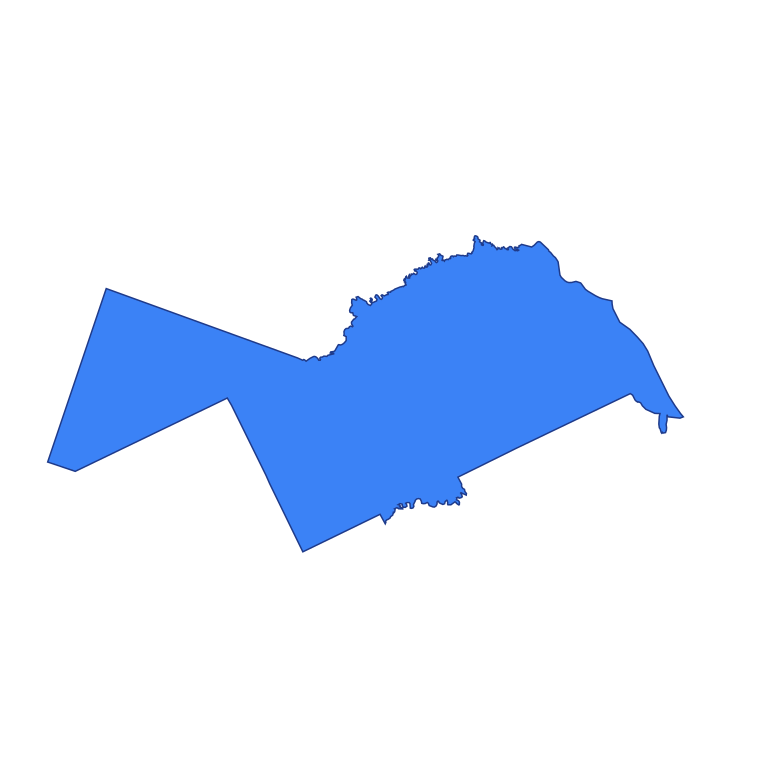 outline of 1ro. de Mayo, Chaco, Argentina, rotated 289°
{"feature_id": "61730980B22683842441482", "entity_name": "1ro. de Mayo", "entity_type": "district", "adm_level": 2, "iso_a3": "ARG", "parent_name": "Argentina", "parent_adm1": "Chaco", "projection": "mercator", "projection_center": [-58.875, -27.18], "detail": "fine", "context": "isolated", "style": "filled", "palette": "blue", "viewbox_px": 768, "rotation_deg": 289, "n_neighbors": 0, "source": "geoboundaries", "source_scale": "gbopen_adm2", "svg_char_len": 6169}
<svg xmlns="http://www.w3.org/2000/svg" viewBox="0 0 768 768"><g transform="rotate(289 384 384)"><path d="M200.9,120.5L319.7,240.4L314.2,246.8L259.0,302.4L252.6,308.3L198.9,361.9L259.5,422.7L252.2,430.7L253.8,430.8L254.1,430.4L255.4,430.3L256.6,431.0L257.3,431.9L259.1,433.3L260.8,433.5L262.8,434.9L265.4,434.7L265.1,435.1L266.7,435.7L269.1,435.3L269.4,434.6L271.3,436.5L270.8,438.5L272.0,442.4L272.7,442.1L272.9,438.7L273.9,439.2L274.6,438.1L274.5,436.7L276.1,438.0L276.3,440.3L275.7,440.7L275.2,440.7L273.8,442.3L274.3,444.3L276.0,445.5L277.4,444.6L278.3,443.3L279.3,444.3L280.1,446.5L279.4,447.5L275.2,449.3L275.3,450.3L276.2,451.7L277.9,452.1L279.7,451.1L283.3,451.6L284.1,451.4L285.9,452.3L286.9,453.9L287.1,455.6L285.4,457.4L283.5,458.5L283.6,460.0L284.4,461.9L286.1,463.4L285.6,464.8L283.8,466.3L283.7,470.4L284.1,471.8L285.7,473.0L287.9,473.2L289.7,472.6L290.9,473.2L290.7,474.0L289.8,474.7L289.5,475.8L289.3,478.9L290.5,480.3L292.7,480.1L294.5,481.1L294.5,481.6L292.5,482.9L291.2,483.2L290.6,483.8L291.6,486.6L295.7,489.5L295.4,490.8L294.8,491.2L294.2,493.2L294.0,494.0L294.4,494.5L296.6,493.9L297.5,493.1L298.0,491.9L298.1,490.2L299.8,490.2L300.1,489.7L300.8,490.4L301.0,491.2L300.5,492.2L301.5,493.8L302.8,494.7L304.8,493.4L305.8,492.0L306.3,492.2L305.7,497.9L307.3,497.6L308.7,495.5L310.6,494.4L310.9,492.6L312.1,491.0L312.7,490.6L314.6,490.0L320.0,484.2L366.1,529.8L455.1,620.0L454.4,622.7L450.6,626.6L449.8,628.2L449.5,629.9L449.9,630.0L449.9,632.1L449.6,633.0L447.5,635.4L445.3,639.9L444.4,649.6L445.9,654.6L443.1,654.8L435.6,656.9L432.2,658.6L431.6,659.6L428.3,662.0L427.9,662.7L428.8,663.0L428.4,663.4L428.5,663.9L429.7,666.0L432.3,666.0L434.7,665.4L437.7,663.9L441.9,663.4L447.1,661.6L445.4,663.1L448.1,675.0L450.4,677.7L452.6,674.0L458.1,666.3L465.3,657.3L489.2,633.1L501.0,622.6L506.5,615.9L510.9,608.2L515.7,598.7L519.2,586.8L529.8,575.9L534.0,573.6L536.8,572.5L535.7,562.6L535.8,559.3L536.3,555.3L538.1,546.7L539.1,543.6L543.4,537.4L543.6,536.6L543.5,532.1L541.1,528.4L540.1,525.7L540.0,523.7L540.5,521.5L542.6,516.9L544.3,514.9L556.1,508.9L557.1,507.8L559.3,504.9L560.2,502.5L562.6,498.7L563.3,496.7L564.5,495.7L569.1,485.6L569.1,484.1L568.2,482.8L564.0,480.8L561.6,479.0L560.8,468.6L559.4,467.7L558.8,466.7L557.5,467.0L556.8,466.2L556.4,466.2L556.2,463.4L555.8,462.9L555.4,462.9L554.4,464.1L554.7,466.1L554.4,467.7L553.5,467.1L553.4,465.8L552.7,464.5L553.5,462.1L555.2,459.8L555.0,458.3L552.8,456.7L552.1,457.6L551.6,457.8L551.3,457.6L551.1,456.5L551.8,455.3L551.4,454.5L552.5,453.0L552.6,452.4L551.5,451.9L551.5,451.1L551.1,450.9L550.0,451.4L549.4,450.5L549.4,449.7L550.2,449.1L549.8,448.1L550.0,447.4L548.6,447.7L547.8,447.1L549.1,445.6L549.9,443.7L550.8,442.7L550.8,442.1L549.9,441.1L551.4,441.1L551.6,440.8L551.1,440.1L551.4,439.0L552.4,438.5L552.3,438.1L551.6,438.0L551.4,436.8L551.4,434.5L552.1,432.6L552.0,431.6L549.5,431.5L548.7,431.7L548.3,432.5L547.4,432.6L547.2,432.3L547.3,430.9L549.2,430.0L549.6,428.0L551.2,428.0L551.9,425.6L553.3,425.0L553.8,424.3L554.0,422.5L553.6,421.7L553.0,421.5L551.0,421.8L550.7,422.4L549.7,421.6L549.1,421.5L548.3,423.8L546.5,423.6L543.5,424.1L542.3,424.7L539.1,424.9L537.8,424.7L537.1,424.1L536.2,424.6L535.4,424.0L535.2,421.6L534.8,420.6L533.5,420.6L532.7,421.4L532.0,421.0L531.8,419.2L531.3,418.6L531.3,416.9L530.5,415.1L530.1,412.1L529.7,410.8L528.2,410.5L527.8,408.6L527.0,408.2L527.3,407.7L527.3,406.7L526.5,405.7L525.8,405.5L524.7,406.1L524.3,406.0L524.4,405.2L522.5,404.2L522.5,402.9L521.8,402.3L521.3,401.4L519.8,401.1L520.5,400.0L519.9,399.4L519.8,398.7L523.7,398.3L524.1,398.0L524.2,396.0L525.2,394.3L524.1,392.7L523.3,394.1L521.0,393.7L520.6,393.3L519.3,393.7L519.1,392.5L518.8,392.3L518.1,393.0L517.9,394.8L517.0,394.8L515.9,394.2L516.1,393.1L516.9,392.4L517.2,389.9L517.9,389.3L518.0,388.8L517.5,388.6L517.4,387.9L518.4,386.8L517.7,385.5L517.3,385.5L517.1,386.0L516.6,386.2L515.6,385.9L515.5,386.3L516.1,386.8L515.9,387.5L513.6,389.7L511.9,389.5L511.6,389.1L511.7,388.0L512.4,387.8L513.1,386.9L512.8,386.5L511.8,386.7L511.3,385.9L510.1,386.1L510.3,386.8L509.8,387.0L508.4,386.5L508.3,385.6L509.0,384.5L507.9,384.3L507.1,384.6L506.5,384.1L506.4,382.6L506.8,382.1L505.4,381.6L504.9,381.1L505.4,380.2L505.2,379.3L503.6,378.8L502.7,375.8L502.1,375.3L501.0,376.1L500.8,376.8L501.3,377.0L501.3,377.8L500.2,379.2L498.8,379.2L498.2,378.9L497.8,378.1L498.3,376.0L497.0,375.4L496.9,374.0L495.5,374.2L494.8,373.8L495.7,372.4L493.7,372.2L493.4,372.5L493.4,373.5L492.5,373.7L491.7,371.4L493.2,370.1L492.6,369.7L491.0,369.8L490.3,369.3L490.0,369.9L489.5,370.1L489.2,368.9L488.2,369.1L487.8,370.2L487.1,370.3L487.4,371.1L487.2,371.4L485.8,371.4L485.3,372.3L484.7,372.6L483.8,371.3L482.4,370.7L482.3,369.6L481.6,368.9L481.1,367.8L477.2,363.3L475.9,362.5L473.8,360.3L472.9,360.3L472.6,358.8L472.0,357.8L471.4,357.5L471.0,358.5L469.9,358.7L469.4,357.5L467.4,355.6L467.7,353.2L467.2,352.7L466.6,352.5L465.5,354.3L464.8,354.5L464.0,354.4L463.1,353.8L463.2,352.8L465.4,349.7L465.9,348.4L465.8,347.7L465.4,347.3L463.2,347.1L461.8,349.8L460.1,349.9L457.3,346.9L457.3,346.3L458.2,345.2L459.5,345.5L460.2,345.3L460.8,344.4L460.9,343.5L460.5,343.2L459.8,344.3L458.4,343.7L457.6,343.7L456.4,346.0L455.7,346.3L453.8,345.6L454.0,343.1L455.0,341.4L456.1,340.6L456.7,337.8L456.6,337.2L457.1,335.8L457.1,334.3L458.2,331.0L457.0,329.4L455.3,330.7L454.5,330.8L454.1,330.4L454.3,327.5L454.0,326.6L453.4,326.1L450.2,327.0L448.2,328.4L445.1,327.5L443.1,327.5L442.2,327.6L440.8,328.5L440.6,329.7L441.2,331.2L438.9,332.8L438.9,336.3L435.8,335.0L435.5,334.3L431.9,333.1L430.2,333.8L428.6,335.8L427.9,335.6L427.8,333.5L426.7,332.6L426.2,332.7L425.0,332.1L424.1,330.1L422.5,329.2L420.4,329.1L418.2,330.1L416.8,330.2L416.5,332.8L412.8,334.1L410.1,333.1L407.9,331.7L406.7,330.1L406.5,328.4L406.1,328.0L399.3,326.7L398.4,325.9L397.0,323.2L396.5,323.1L395.8,323.1L396.6,326.4L396.1,326.6L392.9,321.6L391.5,321.0L390.8,318.1L389.4,316.9L388.7,315.3L387.6,314.9L387.0,315.2L386.5,316.0L385.7,316.0L385.2,314.5L386.4,313.3L387.0,312.1L387.5,310.7L387.5,309.5L387.0,308.4L384.1,305.6L380.2,302.9L381.0,301.0L381.0,300.1L380.0,299.5L380.5,293.7L383.8,90.3L200.7,91.4L200.9,120.5Z" fill="#3b82f6" stroke="#1e3a8a" stroke-width="1.5"/></g></svg>